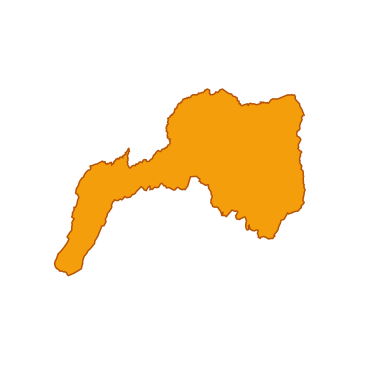 Ban Tak, Tak, Thailand (Equal Earth projection), rotated 211°
{"feature_id": "78962969B53904723449117", "entity_name": "Ban Tak", "entity_type": "district", "adm_level": 2, "iso_a3": "THA", "parent_name": "Thailand", "parent_adm1": "Tak", "projection": "equal_earth", "projection_center": [99.137, 17.16], "detail": "fine", "context": "isolated", "style": "filled", "palette": "amber", "viewbox_px": 384, "rotation_deg": 211, "n_neighbors": 0, "source": "geoboundaries", "source_scale": "gbopen_adm2", "svg_char_len": 6091}
<svg xmlns="http://www.w3.org/2000/svg" viewBox="0 0 384 384"><g transform="rotate(211 192 192)"><path d="M291.3,131.4L290.6,130.8L288.8,131.0L286.2,129.1L285.9,126.5L284.3,121.9L284.0,118.8L285.3,118.0L283.8,115.8L283.7,112.4L282.7,111.0L282.2,108.6L279.4,108.4L279.3,104.1L278.1,102.6L276.7,99.4L275.4,97.5L275.9,94.5L275.9,89.3L275.5,88.8L273.6,88.6L273.1,87.6L272.9,83.3L273.2,78.6L274.1,72.8L274.9,70.1L273.7,64.7L273.7,62.5L272.9,59.8L270.7,57.7L268.8,56.7L266.6,56.8L264.5,56.1L262.8,57.3L261.2,57.3L259.3,58.3L257.6,57.9L255.9,56.7L254.7,56.9L251.2,61.8L247.3,69.2L248.5,72.7L248.8,74.3L249.6,75.4L250.4,77.3L251.3,81.4L250.7,84.4L250.8,88.4L249.9,91.0L249.0,97.6L250.0,99.8L250.0,105.5L251.4,114.4L251.8,115.5L251.6,116.7L250.1,117.7L250.4,121.9L250.7,122.7L251.9,123.5L252.3,124.2L252.5,127.8L253.4,130.0L253.0,132.1L252.8,137.0L253.1,137.9L254.0,138.8L254.6,141.4L254.7,142.7L254.2,144.4L254.5,145.3L251.6,146.1L250.9,146.7L250.0,148.9L248.2,149.1L247.8,149.9L247.2,153.6L245.0,153.5L242.5,155.6L242.1,156.5L241.9,159.2L240.9,159.7L240.0,161.4L239.9,163.8L238.3,170.4L235.1,169.9L234.2,169.1L231.9,169.7L232.1,172.8L231.5,175.2L230.7,175.1L229.1,172.4L228.4,173.4L227.3,173.8L226.6,176.8L224.1,177.8L223.1,179.0L223.2,182.6L222.4,183.9L220.6,183.5L219.4,182.8L217.7,183.6L216.0,182.3L214.0,184.0L208.5,184.2L207.8,185.0L207.3,186.4L207.6,186.9L206.6,188.8L203.2,188.5L201.5,189.0L200.3,190.3L199.2,190.4L198.8,195.1L201.2,204.3L196.1,207.8L193.3,207.1L192.1,207.3L191.3,204.9L190.4,205.3L189.3,204.4L187.1,204.8L183.9,204.6L182.4,206.3L181.4,206.4L181.2,205.4L180.0,204.6L179.9,203.9L176.5,202.3L175.1,201.1L174.2,199.6L173.1,199.4L172.3,198.5L171.6,195.0L170.2,192.4L169.1,192.3L166.8,190.3L164.8,190.6L163.0,192.0L160.9,191.8L159.6,190.8L158.6,190.8L155.9,188.8L155.1,190.3L154.4,189.5L154.9,187.6L154.4,187.2L151.8,188.7L149.9,188.6L148.4,197.1L145.5,197.5L143.5,198.8L142.6,198.5L142.3,197.9L142.3,194.1L140.4,192.1L139.5,192.0L137.1,192.9L135.9,195.2L134.1,197.6L133.5,197.8L130.4,195.3L129.5,192.4L128.3,190.3L126.3,188.2L125.2,187.9L124.2,188.9L124.5,189.9L126.2,192.3L126.0,192.9L124.6,191.3L122.9,190.2L120.8,190.0L118.5,190.8L117.5,192.3L115.9,193.2L115.3,192.7L114.6,190.2L112.4,188.6L111.9,187.4L109.7,187.4L109.5,189.0L107.9,190.6L105.6,191.2L102.1,191.2L100.3,192.9L98.8,193.7L98.8,195.9L98.3,196.9L99.3,197.1L99.5,197.9L98.9,201.7L98.9,203.7L99.1,205.2L99.8,206.2L99.7,207.2L100.2,209.3L100.0,210.2L101.0,213.0L100.7,214.2L99.3,215.5L99.0,216.3L99.2,223.2L97.9,222.9L96.4,224.9L95.4,225.7L94.6,227.4L91.1,230.6L91.0,232.6L90.2,234.9L90.9,235.6L91.2,236.4L90.5,239.1L90.4,240.7L92.8,242.1L93.7,244.9L94.4,245.7L94.3,246.6L95.8,250.0L96.0,251.8L98.6,253.9L99.7,256.0L101.3,257.0L101.8,258.5L102.9,259.5L104.0,261.6L104.4,263.0L105.8,264.2L106.4,265.6L107.8,267.3L110.3,267.7L110.4,268.8L111.0,269.6L111.0,270.3L111.8,270.6L111.7,271.1L112.2,271.5L112.9,271.4L114.8,272.7L115.6,274.6L116.2,274.7L117.5,277.1L117.5,278.9L118.7,280.1L118.5,282.6L119.4,283.2L120.7,282.8L123.7,283.9L123.6,285.3L124.8,286.5L125.3,287.7L125.6,292.2L126.0,293.3L128.2,294.2L130.6,294.0L132.7,296.4L133.0,298.6L132.2,299.8L132.0,301.7L133.7,303.9L134.5,306.7L134.8,310.6L136.1,311.8L136.5,313.3L136.4,314.3L135.4,315.5L140.6,319.5L143.6,321.0L145.3,323.0L149.9,324.3L152.0,325.3L152.4,326.8L153.9,327.9L154.5,327.8L155.5,326.8L156.8,326.8L157.9,325.4L159.8,324.8L166.6,315.7L170.8,313.4L171.8,311.6L172.0,308.0L172.5,307.2L173.5,307.4L175.1,306.1L176.9,305.8L176.9,305.1L177.3,304.8L178.1,304.6L178.5,305.0L179.0,304.4L179.5,304.4L179.7,304.2L178.8,303.5L179.0,302.8L181.8,299.9L183.5,299.7L184.8,299.3L185.6,298.5L187.7,298.1L188.3,297.1L188.2,295.4L188.9,295.3L189.4,296.2L189.8,296.2L192.1,293.8L193.4,291.9L194.4,291.6L196.2,292.5L197.1,291.9L198.2,293.8L198.7,294.1L200.1,293.7L201.8,295.9L204.1,295.9L206.4,295.3L208.5,296.3L211.5,295.3L218.9,295.9L220.8,293.6L220.7,292.7L221.1,290.6L223.1,290.1L223.0,289.0L223.5,287.4L224.9,285.6L226.5,284.9L227.1,285.6L228.0,285.7L228.9,287.7L229.7,288.4L231.9,288.1L233.4,285.7L233.0,284.8L233.8,282.9L234.9,282.3L234.9,281.9L236.7,280.2L237.1,280.3L237.5,278.1L241.2,275.9L242.2,274.0L241.9,273.2L242.3,271.9L243.7,271.5L244.3,270.0L244.6,270.3L245.0,270.0L245.5,268.8L246.3,268.4L247.0,267.0L247.4,267.0L247.2,263.8L247.6,263.5L247.5,262.9L247.9,262.8L248.1,261.5L248.9,261.1L249.0,260.2L248.9,257.8L248.2,256.1L249.3,255.0L249.3,253.4L248.8,252.9L248.5,251.3L248.1,250.9L248.6,249.8L248.4,248.1L249.3,247.9L249.2,247.2L249.8,246.3L249.5,246.0L249.8,244.1L250.7,242.6L249.4,241.5L248.9,239.2L247.5,238.3L247.6,237.0L248.0,236.6L247.3,235.5L247.6,234.5L246.6,232.9L245.8,232.4L245.8,231.7L245.0,230.6L243.9,230.7L243.3,230.2L242.4,227.8L241.9,227.0L241.2,226.9L241.0,225.9L239.2,225.5L237.7,226.0L237.7,224.3L236.4,223.5L235.9,222.7L236.0,220.6L236.8,219.6L236.4,217.2L237.6,216.5L237.8,214.6L239.0,214.0L239.8,212.5L239.7,210.6L240.4,210.2L242.3,210.2L242.7,209.8L243.2,207.4L243.0,206.1L243.8,203.7L243.2,200.1L244.3,198.4L244.4,196.3L246.7,194.8L248.0,196.0L249.8,195.0L250.2,194.1L250.0,191.6L252.1,191.1L252.6,190.1L252.9,187.8L254.3,187.4L254.2,185.3L255.4,185.1L256.7,183.6L257.3,180.8L257.9,180.4L261.5,182.4L261.9,183.7L263.0,184.3L263.2,186.2L264.1,187.3L264.0,187.6L264.6,187.9L264.8,188.6L266.2,189.9L266.3,192.3L266.9,193.9L266.6,194.7L267.7,195.8L268.2,195.7L268.3,196.6L268.8,196.7L268.9,196.2L268.5,194.1L268.9,193.1L268.8,192.1L269.3,191.3L268.4,190.8L268.3,190.3L269.3,189.1L269.1,187.7L270.0,187.0L269.2,185.8L271.2,185.2L271.8,184.3L271.4,183.2L272.0,183.0L272.2,182.3L273.3,182.3L273.4,181.3L274.1,180.9L273.8,179.2L274.3,178.8L274.6,177.8L273.9,176.6L274.8,173.9L275.8,175.5L276.3,175.3L276.5,175.7L277.2,175.1L277.0,174.8L277.7,174.3L278.1,173.4L278.9,173.0L279.0,172.2L279.5,172.5L280.0,171.9L281.0,171.9L281.9,173.1L283.0,172.7L283.4,172.1L284.7,172.3L287.7,167.3L289.5,165.6L291.0,163.3L292.6,162.1L292.5,161.3L291.0,160.6L290.7,159.1L291.0,158.2L292.3,157.0L292.9,154.7L293.2,152.2L292.7,148.8L293.5,147.4L293.8,143.2L292.8,139.1L292.8,135.4L291.3,131.4Z" fill="#f59e0b" stroke="#b45309" stroke-width="1.5"/></g></svg>